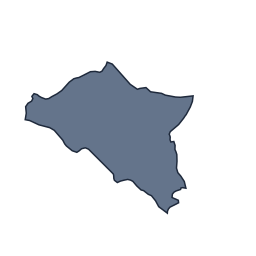 SVG path tracing the border of Diyarbakir, rotated 227°
{"feature_id": "TUR-2309", "entity_name": "Diyarbakir", "entity_type": "Province", "adm_level": 1, "iso_a3": "TUR", "parent_name": "Turkey", "parent_adm1": "", "projection": "equal_earth", "projection_center": [40.236, 38.057], "detail": "fine", "context": "isolated", "style": "filled", "palette": "slate", "viewbox_px": 256, "rotation_deg": 227, "n_neighbors": 0, "source": "natural_earth", "source_scale": "10m", "svg_char_len": 1358}
<svg xmlns="http://www.w3.org/2000/svg" viewBox="0 0 256 256"><g transform="rotate(227 128 128)"><path d="M204.2,58.5L208.2,63.7L213.4,67.7L214.3,71.7L213.4,75.8L214.4,78.5L216.7,79.3L217.2,82.7L214.3,84.4L211.8,84.7L209.3,85.5L205.3,87.5L203.6,90.1L202.9,93.7L201.4,99.3L200.6,105.1L201.6,116.3L201.0,121.9L199.8,124.3L198.4,126.5L194.8,138.9L191.8,142.6L188.0,145.3L187.3,147.8L188.1,150.7L188.7,154.5L190.4,157.7L185.5,160.1L158.4,159.4L149.9,161.3L148.9,163.6L145.3,168.7L139.1,169.2L130.4,176.2L126.6,177.7L118.2,183.9L114.7,187.3L107.1,197.5L103.5,193.2L100.9,187.9L98.1,179.6L97.9,178.1L97.2,175.2L96.0,167.4L96.5,156.4L95.4,153.9L94.0,153.4L92.6,152.7L90.7,150.7L88.5,149.8L87.7,151.1L86.9,152.3L83.2,150.6L80.3,147.7L77.8,146.8L75.3,145.6L70.3,141.2L65.6,136.1L61.4,134.0L56.8,133.8L50.5,132.7L44.5,129.3L47.2,127.2L48.0,125.9L47.2,124.5L49.1,120.4L49.7,118.1L49.4,115.4L47.1,112.8L40.8,115.5L38.8,114.0L41.5,104.7L41.2,102.3L40.2,100.1L38.9,98.7L49.5,96.8L55.9,98.5L62.5,99.0L65.7,97.6L71.6,96.7L73.8,95.3L79.7,94.9L85.6,95.2L88.2,94.3L90.6,92.7L92.5,89.6L94.3,86.3L95.4,83.0L99.0,82.4L100.7,83.2L103.4,85.4L104.6,85.9L130.4,85.0L139.4,84.7L142.6,83.3L144.5,79.9L144.6,76.8L145.1,74.0L149.4,71.7L156.9,70.7L159.6,70.9L163.5,72.0L176.6,72.5L181.6,71.0L191.1,65.0L200.5,61.2L204.2,58.5Z" fill="#64748b" stroke="#1e293b" stroke-width="1.5"/></g></svg>